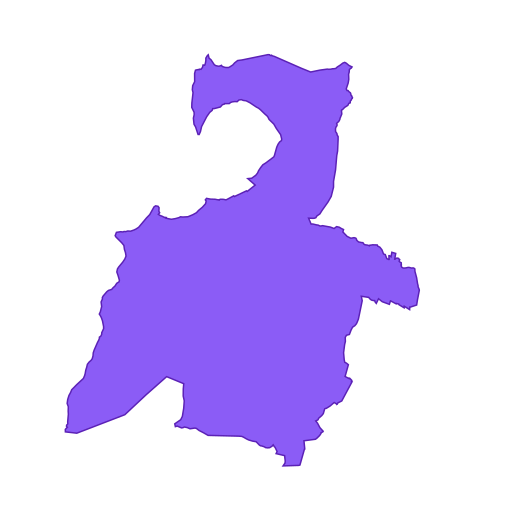 the district of Cojumatlán de Régules, Michoacán, Mexico, rotated 278°
{"feature_id": "50627088B52611553865920", "entity_name": "Cojumatlán de Régules", "entity_type": "district", "adm_level": 2, "iso_a3": "MEX", "parent_name": "Mexico", "parent_adm1": "Michoacán", "projection": "robinson", "projection_center": [-102.864, 20.109], "detail": "fine", "context": "isolated", "style": "filled", "palette": "violet", "viewbox_px": 512, "rotation_deg": 278, "n_neighbors": 0, "source": "geoboundaries", "source_scale": "gbopen_adm2", "svg_char_len": 6077}
<svg xmlns="http://www.w3.org/2000/svg" viewBox="0 0 512 512"><g transform="rotate(278 256 256)"><path d="M55.3,91.7L55.6,103.2L80.6,148.2L103.3,166.5L124.1,184.3L119.5,202.2L114.1,202.5L107.2,203.4L102.6,205.1L95.3,205.6L86.9,205.4L83.4,204.2L78.5,198.9L75.8,199.9L76.6,201.6L75.4,206.2L75.9,207.7L76.7,208.9L76.5,211.9L75.7,214.7L77.1,219.4L77.0,220.9L75.3,223.9L73.7,228.5L71.7,233.5L75.2,263.9L75.4,267.0L74.8,269.0L73.6,271.9L72.8,274.4L72.2,278.4L72.1,282.0L69.2,285.7L68.7,286.9L68.7,288.0L68.4,289.8L68.1,291.1L67.6,292.0L67.6,294.2L67.9,294.9L67.8,295.2L68.1,296.2L69.8,298.3L71.4,299.3L69.7,300.7L69.2,301.5L65.3,304.1L63.1,303.4L62.3,312.1L56.9,313.5L54.9,313.5L51.9,312.0L54.6,327.5L55.1,328.6L71.9,330.9L71.9,331.1L79.7,329.2L82.8,340.4L84.1,341.7L87.1,344.0L89.4,345.1L90.1,345.0L91.1,346.6L91.8,346.9L94.9,343.2L99.0,340.2L101.0,338.1L102.3,340.1L103.0,340.4L103.9,340.5L107.1,343.3L109.3,344.6L114.2,345.3L114.7,345.9L114.9,346.8L117.7,350.2L121.8,353.8L120.5,356.8L120.4,356.8L120.5,357.0L121.9,357.5L124.4,361.1L144.8,368.6L144.9,368.0L146.1,368.2L148.0,365.8L148.0,365.1L147.6,365.1L149.1,361.0L161.2,362.6L162.5,360.5L163.1,358.7L165.5,357.8L172.4,356.2L180.6,356.1L183.9,356.4L187.8,355.7L190.1,356.6L191.3,359.4L195.7,360.4L198.9,361.5L200.8,363.6L202.9,364.9L204.6,365.4L207.8,366.2L226.5,367.4L230.8,365.9L230.7,373.3L229.0,375.3L228.4,376.6L228.2,378.5L228.4,379.7L227.0,380.4L225.8,381.7L230.7,383.3L228.3,387.4L226.7,394.8L230.3,395.4L230.3,395.5L228.1,401.5L228.5,401.7L228.3,404.1L227.7,404.3L225.3,409.9L226.9,409.8L224.3,415.6L226.8,415.4L226.9,416.0L229.8,421.9L235.3,422.0L244.8,422.5L245.7,422.2L248.1,420.8L249.3,420.6L251.2,419.8L256.8,418.1L263.0,415.5L265.3,415.1L265.8,414.4L266.1,413.3L265.7,411.8L266.0,409.3L265.9,408.2L265.1,406.2L264.6,404.0L264.7,403.0L265.2,401.9L266.1,401.3L267.3,400.9L267.4,401.2L269.6,400.7L270.0,399.4L270.7,398.5L272.5,398.8L272.8,398.1L273.5,397.5L273.6,395.9L272.9,394.7L272.3,394.3L272.2,393.8L278.0,394.0L278.6,390.0L274.0,389.8L274.9,388.2L274.8,387.6L271.5,388.1L271.5,388.3L271.1,388.3L271.0,388.1L271.6,385.9L275.4,383.8L275.7,382.2L276.1,381.8L279.6,379.9L281.9,377.5L282.8,375.1L283.8,374.5L283.3,369.8L282.6,367.9L282.7,367.4L281.9,366.9L282.3,365.1L282.3,362.2L282.7,361.3L284.1,360.0L284.0,358.8L284.2,355.6L285.6,353.5L286.6,353.2L287.6,352.3L287.8,350.5L286.8,347.5L288.1,343.5L291.9,338.7L294.4,339.0L295.1,336.7L296.1,334.4L296.3,331.7L294.1,329.5L295.0,325.6L295.3,317.6L294.7,316.1L294.7,315.0L295.3,313.0L295.2,312.0L295.6,307.7L295.3,306.1L300.8,302.8L301.2,307.1L301.5,308.5L302.2,309.9L304.1,310.7L306.6,313.4L310.2,315.0L319.5,319.8L325.5,322.2L335.0,323.2L340.7,322.4L352.3,322.8L366.6,322.0L371.3,322.2L382.7,321.1L385.7,320.7L387.2,319.5L388.5,319.1L390.3,317.5L393.1,317.0L394.6,317.2L396.0,317.9L397.0,318.1L398.6,317.4L400.7,319.2L402.8,320.0L403.8,320.0L408.6,321.2L411.9,320.4L412.5,320.5L413.0,321.3L415.5,323.1L417.7,325.7L418.2,326.1L420.0,326.6L420.8,328.0L422.5,327.8L423.4,328.5L424.7,328.8L425.5,329.4L426.3,329.5L427.1,328.8L427.7,328.7L428.1,328.1L428.6,327.7L430.2,327.1L430.7,326.8L431.7,325.1L432.6,324.2L432.5,323.2L434.0,322.1L440.1,323.2L443.9,323.3L448.9,322.4L451.2,322.7L453.5,322.5L455.0,323.6L455.3,324.2L456.6,324.8L457.7,321.4L459.5,318.6L460.1,316.9L459.1,315.1L456.9,313.0L454.5,310.2L452.8,308.8L452.3,307.0L452.0,305.5L451.5,304.3L451.0,302.1L451.0,300.6L449.0,293.5L445.8,284.5L448.2,274.9L456.2,246.4L456.5,244.3L457.0,243.5L456.5,243.0L456.6,242.1L457.2,241.5L457.1,239.9L448.2,214.9L447.0,210.6L444.3,208.0L441.9,206.4L439.5,203.6L438.8,202.5L438.5,199.9L438.5,198.9L439.0,196.1L440.0,195.3L438.9,193.3L438.7,192.3L438.9,189.8L439.6,188.1L444.1,184.1L445.4,182.0L448.6,180.7L447.6,179.9L445.0,178.8L442.8,179.1L440.8,179.1L438.8,178.9L437.8,178.6L437.8,177.0L435.0,176.7L434.1,175.9L433.2,175.6L433.1,173.9L432.7,173.9L432.3,171.9L431.6,170.2L428.2,169.8L420.1,171.0L415.9,169.6L411.8,169.8L409.0,170.9L398.6,171.2L394.2,171.7L389.7,174.7L387.3,175.1L383.8,174.8L377.8,176.3L375.4,178.2L368.3,181.7L368.4,182.8L371.6,183.7L376.6,184.1L387.1,187.8L391.8,190.2L394.1,192.3L395.9,192.6L396.1,194.0L398.6,200.0L401.2,201.7L402.0,203.5L402.5,203.6L403.2,208.3L404.6,209.6L405.4,211.3L406.0,213.6L406.2,215.9L408.1,217.4L408.8,219.7L408.3,221.7L408.3,224.7L406.9,228.7L403.6,235.5L402.7,238.0L401.5,240.0L397.9,244.9L396.2,247.5L395.1,248.6L393.1,249.9L389.1,255.3L385.1,258.4L379.6,263.5L375.3,265.2L373.8,265.1L372.2,263.5L369.8,262.3L366.7,261.4L358.4,260.3L356.7,259.9L349.4,252.6L347.3,250.1L344.2,248.3L340.9,246.7L338.4,246.0L336.0,244.6L332.4,240.9L331.5,237.1L326.1,245.3L318.7,238.3L319.2,237.5L311.9,226.4L312.5,225.6L307.7,219.0L307.4,218.2L307.6,216.0L307.3,213.1L306.5,211.3L306.3,211.4L306.5,207.7L306.0,202.9L306.2,199.0L304.5,198.0L303.5,199.0L300.8,198.8L296.8,196.1L293.2,192.8L290.6,191.0L288.1,187.7L285.4,183.1L284.4,178.1L284.3,175.7L283.3,174.4L281.8,170.9L280.6,167.1L280.8,162.8L281.0,161.3L281.6,161.6L281.6,159.5L282.2,157.9L282.9,155.0L283.7,153.5L285.4,154.6L286.8,153.6L290.3,153.3L291.6,152.1L291.7,149.6L290.5,148.2L282.2,145.0L278.5,142.3L268.1,135.8L266.0,133.4L264.8,131.6L263.1,128.3L262.9,125.5L262.0,123.6L261.9,121.9L261.3,120.9L261.2,118.5L260.0,114.5L256.5,113.7L255.3,114.7L250.4,121.2L248.1,123.7L244.2,124.8L241.1,126.3L237.8,127.3L234.7,126.5L231.4,124.9L225.9,121.5L223.9,120.6L220.8,120.4L217.3,122.2L213.0,124.1L211.4,124.0L209.6,121.9L206.6,120.5L204.7,118.9L202.8,117.7L201.4,114.7L199.8,113.2L195.1,110.2L193.4,109.6L192.1,109.9L188.9,109.0L184.5,110.2L178.9,109.6L176.7,108.9L175.2,110.2L173.3,111.5L170.4,113.0L164.9,114.9L162.8,115.2L158.5,113.9L157.0,114.1L155.1,113.5L153.8,112.2L152.8,112.4L150.9,112.0L148.4,111.1L140.2,108.8L137.4,108.3L134.4,108.5L131.4,108.1L129.7,107.2L127.9,105.6L125.3,104.1L122.1,103.8L119.2,103.3L115.8,103.2L113.6,102.9L110.7,102.1L103.7,96.4L97.9,92.1L95.1,91.4L91.9,90.2L87.7,89.5L83.7,89.5L80.7,91.1L76.2,91.6L73.2,92.2L65.4,92.6L64.2,92.9L63.4,92.9L62.1,92.0L60.8,92.1L60.2,93.0L57.8,91.3L55.3,91.7Z" fill="#8b5cf6" stroke="#5b21b6" stroke-width="1.5"/></g></svg>